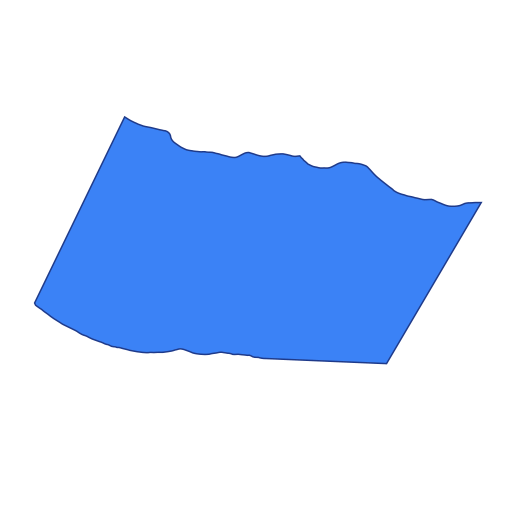 the district of Chilecito, La Rioja, Argentina, rotated 296°
{"feature_id": "61730980B21035116848731", "entity_name": "Chilecito", "entity_type": "district", "adm_level": 2, "iso_a3": "ARG", "parent_name": "Argentina", "parent_adm1": "La Rioja", "projection": "equal_earth", "projection_center": [-67.377, -29.416], "detail": "fine", "context": "isolated", "style": "filled", "palette": "blue", "viewbox_px": 512, "rotation_deg": 296, "n_neighbors": 0, "source": "geoboundaries", "source_scale": "gbopen_adm2", "svg_char_len": 4309}
<svg xmlns="http://www.w3.org/2000/svg" viewBox="0 0 512 512"><g transform="rotate(296 256 256)"><path d="M402.8,435.0L401.9,433.2L401.1,431.6L400.3,429.9L399.4,428.3L398.5,426.8L397.6,425.1L396.8,423.5L395.8,422.0L394.7,420.6L393.4,419.5L392.1,418.4L390.8,417.2L389.7,415.8L388.7,414.3L387.8,412.8L387.0,411.1L386.2,409.5L385.5,407.8L385.0,405.9L384.7,404.1L384.5,402.2L384.4,400.3L384.3,398.4L384.1,396.6L384.0,394.7L384.1,392.8L384.1,390.9L383.8,389.0L383.0,387.4L382.1,385.8L381.2,384.2L380.4,382.6L379.8,380.8L379.4,379.0L379.0,377.1L378.6,375.3L378.1,373.5L377.8,371.7L377.4,369.8L376.9,368.0L376.4,366.2L376.1,364.3L375.9,362.5L375.5,360.6L375.2,358.8L375.0,356.9L374.9,355.0L375.0,353.1L375.2,351.2L375.8,349.5L376.2,347.6L376.5,345.8L376.9,343.9L377.3,342.1L377.7,340.2L378.1,338.4L378.5,336.6L378.9,334.7L379.4,332.9L379.8,331.1L380.3,329.3L380.9,327.5L381.5,325.8L382.2,324.0L382.9,322.3L383.6,320.6L384.2,318.9L384.9,317.1L385.2,315.3L385.0,313.4L384.8,311.5L384.5,309.7L384.0,307.8L383.4,306.1L382.6,304.4L382.2,302.6L381.7,300.8L381.0,299.1L380.3,297.4L379.7,295.6L378.9,294.0L377.9,292.4L376.8,291.0L375.6,289.8L374.3,288.7L372.9,287.7L371.5,286.7L370.2,285.7L368.8,284.6L367.6,283.4L366.5,281.9L365.7,280.3L365.0,278.6L364.1,277.0L363.3,275.3L362.8,273.6L362.4,271.7L361.9,269.9L361.5,268.1L361.4,266.2L361.4,264.3L361.4,262.4L362.0,260.6L362.5,258.8L362.9,257.0L363.7,255.4L364.2,253.6L365.2,251.5L364.0,249.6L363.0,248.1L362.2,246.4L361.7,244.6L361.4,242.7L361.0,240.9L360.6,239.1L360.1,237.2L359.6,235.4L358.8,233.8L357.9,232.2L357.0,230.6L356.1,229.1L355.0,227.7L353.9,226.3L352.8,224.9L351.6,223.6L350.5,222.2L349.6,220.6L348.8,219.0L348.2,217.2L347.7,215.4L347.3,213.5L347.0,211.7L346.8,209.8L346.5,207.9L346.2,206.1L345.9,204.2L345.0,202.6L343.9,201.2L342.6,200.1L341.3,199.1L339.9,198.1L338.5,197.1L337.1,196.0L335.9,194.8L335.0,193.3L334.3,191.5L333.7,189.7L333.3,187.9L333.0,186.0L332.6,184.2L332.2,182.4L331.8,180.5L331.6,178.6L331.2,176.8L330.7,175.0L330.4,173.1L330.0,171.3L329.3,169.6L328.5,167.9L327.8,166.2L327.3,164.4L326.5,162.7L325.6,161.1L324.9,159.4L324.3,157.7L323.6,155.9L323.0,154.2L322.5,152.4L321.9,150.6L321.4,148.8L321.0,147.0L320.9,145.1L320.9,143.2L320.9,141.3L321.1,139.4L321.4,137.5L321.7,135.6L322.0,133.8L322.4,131.9L323.1,130.2L324.0,128.7L325.2,127.4L326.6,126.4L327.8,125.1L328.6,123.4L328.9,121.6L328.8,119.7L328.2,117.9L327.8,116.1L327.3,114.3L326.9,112.4L326.5,110.6L326.1,108.7L325.7,106.9L325.3,105.1L324.8,103.3L324.3,101.5L323.8,99.6L323.4,97.8L323.2,95.9L323.0,94.0L322.8,92.1L322.8,90.2L322.7,88.3L322.7,86.4L322.7,84.5L322.8,82.6L323.0,80.7L323.2,78.9L323.4,77.0L116.7,77.6L115.2,79.4L114.8,81.2L114.5,83.1L114.2,85.0L114.0,86.8L113.5,88.7L113.1,90.5L112.8,92.4L112.5,94.2L112.1,96.1L111.7,97.9L111.4,99.8L111.1,101.6L110.9,103.5L110.7,105.4L110.5,107.3L110.3,109.2L110.0,111.1L109.9,112.9L109.9,114.8L109.9,116.8L109.9,118.7L109.9,120.6L109.9,122.4L109.9,124.3L109.9,126.3L109.8,128.1L109.5,130.0L109.3,131.9L109.2,133.8L109.3,135.7L109.6,137.6L109.7,139.4L109.6,141.4L109.6,143.2L109.6,145.1L109.8,147.0L110.0,148.9L110.2,150.8L110.4,152.7L110.7,154.6L110.8,156.5L110.8,158.4L111.0,160.2L111.5,162.0L111.5,163.9L111.5,165.8L112.0,167.6L112.7,169.4L112.9,171.2L113.7,172.9L114.1,174.7L114.4,176.6L114.8,178.4L115.2,180.2L115.6,182.1L115.9,184.0L116.4,185.8L116.9,187.6L117.4,189.4L117.9,191.2L118.5,192.9L119.1,194.7L119.7,196.5L120.4,198.2L121.1,199.9L121.9,201.5L122.9,203.0L123.7,204.7L124.4,206.4L125.3,208.0L126.2,209.6L127.0,211.2L127.8,212.9L128.6,214.5L129.6,216.0L130.6,217.5L131.6,219.0L132.7,220.5L133.7,221.9L134.9,223.3L136.1,224.5L137.2,225.9L138.4,227.2L139.4,228.7L140.0,230.5L140.4,232.3L140.6,234.2L140.8,236.1L141.0,238.0L141.1,239.8L141.2,241.7L141.6,243.6L142.1,245.4L142.7,247.2L143.3,248.9L144.0,250.6L144.7,252.3L145.5,254.0L146.4,255.6L147.3,257.1L148.5,258.5L149.5,259.9L150.5,261.4L151.5,262.9L152.6,264.3L153.7,265.8L154.5,267.4L155.0,269.2L155.6,271.0L156.1,272.8L156.8,274.5L157.2,276.3L157.4,278.2L158.1,279.9L159.0,281.5L159.9,283.1L160.5,284.9L161.1,286.6L161.8,288.4L162.4,290.1L163.0,291.9L163.9,293.5L164.1,295.3L164.0,297.2L164.4,299.1L165.1,300.8L165.9,302.5L166.2,304.3L166.7,306.1L167.3,307.9L168.1,309.6L191.3,362.8L216.5,420.5L402.8,435.0Z" fill="#3b82f6" stroke="#1e3a8a" stroke-width="1.5"/></g></svg>